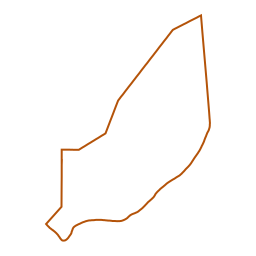 the district of Zamakh wa Manwokh, Hadramawt, Yemen
{"feature_id": "15242507B25520584620075", "entity_name": "Zamakh wa Manwokh", "entity_type": "district", "adm_level": 2, "iso_a3": "YEM", "parent_name": "Yemen", "parent_adm1": "Hadramawt", "projection": "albers", "projection_center": [47.768, 17.17], "detail": "fine", "context": "isolated", "style": "outline", "palette": "amber", "viewbox_px": 256, "rotation_deg": 0, "n_neighbors": 0, "source": "geoboundaries", "source_scale": "gbopen_adm2", "svg_char_len": 5516}
<svg xmlns="http://www.w3.org/2000/svg" viewBox="0 0 256 256"><path d="M46.1,224.0L47.4,225.5L47.7,225.8L48.4,226.5L48.9,227.0L49.1,227.1L49.4,227.6L50.0,228.1L50.6,228.5L51.2,229.0L51.7,229.4L52.3,229.8L52.9,230.2L52.9,230.3L53.4,230.6L54.0,231.1L54.5,231.5L55.1,232.0L55.7,232.6L56.3,233.1L56.8,233.7L57.4,234.3L57.8,234.8L58.1,235.1L58.2,235.3L58.7,236.1L59.2,236.7L59.6,237.3L59.7,237.5L60.0,237.9L60.1,238.1L60.3,238.4L60.6,238.8L60.8,239.0L61.4,239.7L61.9,240.2L62.1,240.3L62.5,240.5L63.2,240.6L63.9,240.6L64.6,240.5L65.2,240.3L65.3,240.3L65.8,240.0L66.3,239.7L66.9,239.2L67.5,238.6L68.0,238.1L68.4,237.6L68.8,237.0L69.7,235.7L70.1,235.2L70.5,234.6L70.7,234.4L70.9,234.0L71.3,233.3L71.5,232.6L71.6,232.0L71.8,231.4L72.1,230.7L72.3,230.1L72.4,229.8L72.6,229.4L72.8,228.6L73.1,228.1L73.5,227.5L73.7,227.2L74.0,227.0L74.4,226.6L75.0,226.2L75.3,226.0L75.6,225.8L76.2,225.4L76.8,225.1L77.1,225.0L78.0,224.5L78.2,224.4L78.6,224.2L79.4,223.9L79.9,223.7L80.2,223.5L80.9,223.2L81.4,222.9L81.6,222.8L82.4,222.5L82.8,222.3L83.0,222.2L83.7,222.0L84.0,221.9L84.3,221.8L85.1,221.5L85.8,221.2L86.4,221.1L87.0,220.9L87.9,220.7L88.3,220.6L88.7,220.5L89.6,220.4L90.3,220.4L91.0,220.3L92.0,220.2L92.3,220.2L92.6,220.2L93.4,220.2L94.1,220.1L94.4,220.1L94.9,220.0L95.9,219.9L97.0,219.9L97.6,219.9L98.2,219.9L98.4,219.9L99.2,219.9L100.1,219.9L100.9,219.9L101.5,219.9L102.5,220.0L103.2,220.1L103.9,220.1L104.8,220.2L105.5,220.3L106.3,220.4L107.0,220.4L107.3,220.5L107.7,220.5L108.1,220.5L108.4,220.6L109.0,220.6L109.8,220.6L110.4,220.7L111.2,220.8L111.5,220.8L112.0,220.9L112.4,221.0L112.7,221.0L113.5,221.0L114.0,221.0L114.3,221.0L114.9,221.0L115.1,221.0L115.9,221.1L116.3,221.1L116.7,221.1L117.5,221.2L117.9,221.1L118.2,221.1L118.9,221.1L119.0,221.1L119.8,221.1L120.4,221.0L120.5,221.0L120.8,221.0L121.2,220.9L121.8,220.8L122.5,220.5L123.2,220.3L123.8,220.0L124.6,219.7L125.4,219.2L126.0,218.9L126.6,218.5L127.2,218.1L127.8,217.5L128.4,216.9L128.5,216.8L128.9,216.4L129.4,216.0L130.0,215.5L130.4,215.1L130.5,215.1L131.2,214.7L131.9,214.3L133.1,213.8L133.5,213.7L133.9,213.5L134.2,213.4L134.6,213.3L135.2,213.0L135.8,212.7L136.4,212.5L137.0,212.2L137.6,211.9L138.2,211.5L138.8,211.0L139.3,210.6L139.9,210.1L140.5,209.6L141.1,209.2L141.3,209.0L141.8,208.6L142.4,208.1L142.6,207.9L142.9,207.6L143.4,207.1L144.0,206.5L144.5,206.0L145.0,205.5L145.5,204.9L146.1,204.3L146.6,203.8L147.0,203.3L147.3,203.0L147.5,202.8L148.0,202.2L148.6,201.7L149.2,201.2L149.8,200.7L150.3,200.2L150.9,199.7L151.5,199.2L152.0,198.7L152.6,198.1L152.9,197.8L153.2,197.6L153.7,197.0L154.1,196.4L154.6,195.7L154.9,195.2L155.1,194.8L155.2,194.5L155.3,194.4L155.6,193.9L155.7,193.7L156.0,193.4L156.5,192.8L157.0,192.2L157.7,191.5L158.1,191.1L158.5,190.7L159.1,190.2L159.7,189.6L160.1,189.1L160.7,188.6L161.2,188.2L161.7,187.8L162.3,187.3L162.9,186.8L163.3,186.6L163.5,186.4L164.1,185.8L164.7,185.4L165.2,184.9L165.7,184.5L166.3,183.9L166.8,183.5L167.3,183.1L167.9,182.7L168.6,182.2L168.8,182.1L169.1,181.9L169.5,181.6L169.9,181.4L170.3,181.1L170.5,181.0L170.8,180.8L171.6,180.3L172.1,180.0L172.7,179.6L173.3,179.3L173.6,179.1L173.9,179.0L174.7,178.5L175.3,178.1L176.0,177.6L176.6,177.2L177.1,176.9L177.7,176.6L177.8,176.5L178.3,176.2L178.5,176.1L178.8,175.9L179.4,175.6L180.0,175.1L180.5,174.6L181.1,174.1L181.6,173.7L182.2,173.0L182.7,172.5L183.3,171.9L183.8,171.4L184.2,171.0L184.4,170.7L184.7,170.4L185.2,169.8L185.7,169.2L186.2,168.7L186.8,168.1L187.3,167.6L187.8,167.1L188.4,166.5L188.8,166.0L188.9,165.9L189.3,165.5L189.7,165.0L190.2,164.4L190.3,164.3L190.6,163.8L191.1,163.2L191.5,162.5L192.0,161.8L192.4,161.1L192.9,160.4L193.0,160.3L193.3,159.7L193.8,159.0L193.9,158.8L194.3,158.2L194.7,157.6L195.2,156.9L195.6,156.3L196.0,155.8L196.4,155.2L196.9,154.5L197.1,154.2L197.4,153.8L197.9,153.1L198.2,152.6L198.3,152.4L198.7,151.8L199.1,151.2L199.5,150.6L199.8,150.0L200.2,149.3L200.6,148.5L200.9,147.9L201.2,147.3L201.5,146.7L201.8,145.9L202.2,145.2L202.5,144.7L202.8,144.0L203.1,143.4L203.4,142.7L203.5,142.6L203.8,141.8L204.1,141.1L204.3,140.5L204.5,139.8L204.8,139.1L204.9,138.8L205.1,138.4L205.3,137.7L205.6,137.1L205.9,136.5L206.2,135.7L206.5,134.8L206.8,134.1L207.1,133.4L207.4,132.6L207.7,132.1L207.9,131.8L208.2,131.2L208.6,130.5L208.8,130.0L208.8,129.8L209.0,129.3L209.1,129.0L209.2,128.7L209.4,128.0L209.6,127.3L209.7,126.7L209.7,126.4L209.8,125.7L209.8,125.3L209.8,125.0L209.8,124.4L209.9,123.7L209.9,123.0L209.9,122.8L209.9,122.3L209.8,121.6L209.8,120.8L209.7,120.2L209.7,119.5L209.6,118.8L209.1,111.9L207.3,90.0L206.7,82.5L202.4,32.4L201.0,15.4L198.8,16.5L196.8,17.6L194.6,18.7L192.4,19.8L190.2,20.9L188.1,22.0L185.9,23.2L183.6,24.3L181.9,25.2L179.5,26.4L177.2,27.6L175.0,28.7L172.8,29.9L171.3,31.8L169.8,33.8L168.2,35.8L166.5,38.1L165.2,39.7L163.7,41.6L162.2,43.6L160.6,45.6L159.1,47.5L157.7,49.4L156.1,51.5L154.6,53.4L153.1,55.4L151.5,57.4L150.0,59.3L148.5,61.3L147.0,63.3L145.5,65.1L143.9,67.2L142.4,69.1L140.8,71.2L139.4,73.1L137.9,75.0L136.3,77.0L134.8,79.0L133.3,80.9L131.8,82.9L130.3,84.8L128.7,86.8L127.2,88.8L125.7,90.7L124.2,92.7L122.7,94.7L121.1,96.6L119.6,98.6L118.1,100.6L116.3,105.2L114.5,109.9L113.6,112.3L111.8,117.0L110.0,121.6L109.1,124.0L107.3,128.7L105.5,133.4L103.6,134.6L101.7,135.7L99.8,136.9L97.9,138.1L96.0,139.2L94.1,140.4L92.1,141.6L90.2,142.8L88.3,143.9L86.4,145.1L84.5,146.3L82.6,147.4L80.7,148.6L78.8,149.8L74.4,149.8L70.1,149.7L68.0,149.7L65.6,149.7L61.7,149.7L61.7,149.8L61.7,161.6L61.8,161.5L61.7,165.0L61.7,170.3L61.7,176.4L61.6,188.1L61.5,206.8L46.1,224.0Z" fill="none" stroke="#b45309" stroke-width="2"/></svg>